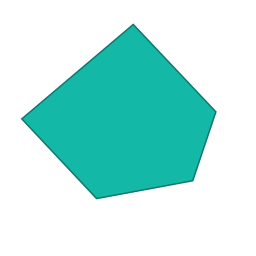 an SVG outline of Vatican, rotated 234°
{"feature_id": "VAT", "entity_name": "Vatican", "entity_type": "country or territory", "adm_level": 0, "iso_a3": "VAT", "parent_name": "Europe", "parent_adm1": "", "projection": "mercator", "projection_center": [12.434, 41.902], "detail": "fine", "context": "isolated", "style": "filled", "palette": "teal", "viewbox_px": 256, "rotation_deg": 234, "n_neighbors": 0, "source": "natural_earth", "source_scale": "50m", "svg_char_len": 238}
<svg xmlns="http://www.w3.org/2000/svg" viewBox="0 0 256 256"><g transform="rotate(234 128 128)"><path d="M208.7,193.1L89.4,208.6L47.3,149.4L89.4,61.1L197.8,47.4L208.7,193.1Z" fill="#14b8a6" stroke="#0f766e" stroke-width="1.5"/></g></svg>